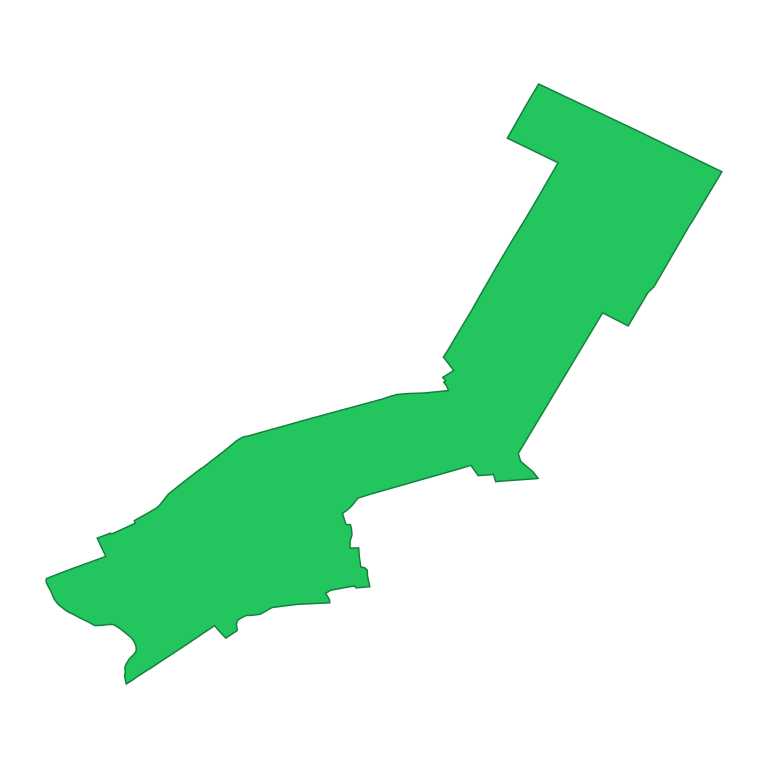 Lita, Teleorman, Romania (Robinson projection)
{"feature_id": "2599482B88821279710762", "entity_name": "Lita", "entity_type": "district", "adm_level": 2, "iso_a3": "ROU", "parent_name": "Romania", "parent_adm1": "Teleorman", "projection": "robinson", "projection_center": [24.816, 43.818], "detail": "fine", "context": "isolated", "style": "filled", "palette": "green", "viewbox_px": 768, "rotation_deg": 0, "n_neighbors": 0, "source": "geoboundaries", "source_scale": "gbopen_adm2", "svg_char_len": 2657}
<svg xmlns="http://www.w3.org/2000/svg" viewBox="0 0 768 768"><path d="M174.5,652.5L179.1,649.4L183.7,646.4L192.5,640.5L210.1,628.6L214.7,625.6L218.0,629.8L225.8,638.1L234.1,632.6L236.2,631.4L237.3,630.1L236.7,626.9L236.5,625.0L236.7,622.8L237.2,621.3L237.6,620.6L238.4,619.8L239.6,618.9L241.4,617.9L244.9,616.1L246.2,615.6L247.0,615.4L249.2,615.5L251.7,615.3L257.1,614.7L260.3,614.2L266.2,610.9L272.1,607.5L297.7,604.3L329.8,602.8L329.4,599.6L325.7,593.3L330.9,590.2L353.4,586.1L354.3,586.0L356.1,587.9L369.8,586.7L367.5,576.0L367.2,570.0L364.6,567.7L360.8,566.9L359.3,556.5L358.7,547.9L350.1,548.2L350.1,540.9L352.0,534.9L351.5,529.1L350.4,524.6L346.0,524.6L342.5,513.3L346.8,510.4L351.7,505.9L358.0,498.1L369.9,494.3L459.9,468.7L470.9,465.3L478.2,475.6L493.5,474.5L495.7,481.7L499.3,481.3L536.9,478.6L538.1,478.3L533.0,471.8L520.6,461.3L518.3,453.4L578.3,353.4L602.6,312.9L615.4,319.4L628.2,325.9L647.9,292.6L654.0,286.7L670.3,258.6L677.2,246.7L690.6,223.6L692.2,221.4L702.0,205.0L716.6,180.7L721.9,171.8L697.6,160.0L637.4,130.8L539.5,84.4L538.7,84.0L531.6,95.8L524.7,107.6L507.3,138.2L520.0,144.3L526.2,147.3L558.1,162.8L551.4,174.3L536.1,200.8L526.7,216.7L512.6,239.8L496.7,266.5L480.3,295.0L471.1,311.3L455.3,337.6L448.2,349.7L443.4,357.1L444.1,357.9L453.7,370.5L442.7,377.4L445.8,380.8L443.7,382.2L446.9,386.3L448.4,390.6L424.1,393.0L409.0,393.5L404.8,393.8L398.2,394.4L396.8,394.5L388.2,397.0L382.8,398.9L315.7,417.1L311.2,418.4L306.7,419.6L273.5,428.9L258.0,433.2L247.6,436.2L243.8,436.7L240.2,438.5L236.7,440.7L224.3,450.9L202.3,468.0L200.9,468.6L197.3,471.3L179.6,485.1L168.3,494.2L159.3,505.6L156.2,508.2L151.5,510.9L148.9,512.5L134.3,520.6L135.4,523.1L111.4,534.2L110.4,533.1L103.8,535.7L97.2,538.2L102.9,550.3L105.8,556.4L72.6,568.5L66.0,571.0L60.4,573.1L46.4,578.6L46.2,579.9L46.1,581.2L46.1,581.7L46.3,582.4L47.3,584.5L49.4,588.6L50.9,591.2L51.8,593.3L52.8,595.9L54.5,599.5L56.1,601.7L57.9,604.0L60.9,606.6L65.7,610.4L68.7,612.2L72.9,614.2L76.0,615.8L79.1,617.5L84.2,620.0L88.2,621.9L91.4,623.7L94.5,625.5L98.4,625.5L101.2,625.4L108.4,624.5L110.6,624.5L112.2,624.5L112.9,624.6L114.1,625.0L115.3,625.5L116.7,626.5L119.6,628.3L124.0,631.7L128.1,635.1L131.5,637.9L133.4,640.5L134.9,643.3L135.9,645.9L136.2,648.5L136.2,650.1L136.0,651.2L135.7,651.8L134.9,653.0L133.2,655.1L130.8,657.3L129.5,658.7L127.5,661.8L126.1,664.1L125.4,665.9L124.9,667.5L124.9,668.6L125.2,670.3L125.3,672.1L125.0,673.6L124.6,675.2L124.6,676.0L125.0,677.7L125.6,681.2L126.3,684.0L129.5,682.0L132.8,679.9L137.1,676.7L145.6,671.3L148.9,669.2L150.0,668.6L153.4,666.4L158.9,662.7L164.1,659.2L169.3,655.9L174.5,652.5Z" fill="#22c55e" stroke="#15803d" stroke-width="1.5"/></svg>